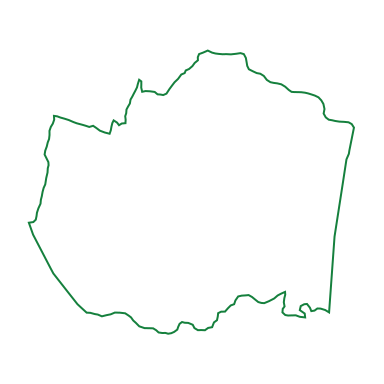 outline of Itagibá, Bahia, Brazil, rotated 358°
{"feature_id": "56859067B58161696770023", "entity_name": "Itagibá", "entity_type": "district", "adm_level": 2, "iso_a3": "BRA", "parent_name": "Brazil", "parent_adm1": "Bahia", "projection": "albers", "projection_center": [-39.84, -14.244], "detail": "fine", "context": "isolated", "style": "outline", "palette": "green", "viewbox_px": 384, "rotation_deg": 358, "n_neighbors": 0, "source": "geoboundaries", "source_scale": "gbopen_adm2", "svg_char_len": 2868}
<svg xmlns="http://www.w3.org/2000/svg" viewBox="0 0 384 384"><g transform="rotate(358 192 192)"><path d="M95.5,122.4L91.6,123.4L87.8,122.0L85.1,121.1L82.5,120.3L79.2,119.3L75.8,117.9L71.4,115.8L67.2,114.3L63.1,113.0L60.0,111.7L56.7,111.1L56.8,114.9L55.3,118.8L53.2,122.0L51.7,125.9L51.6,130.1L51.0,134.1L49.6,137.3L48.4,141.6L46.8,145.5L46.0,149.4L48.0,153.8L49.5,157.1L49.6,160.2L48.7,163.2L48.3,167.5L46.8,173.0L45.6,179.3L43.9,182.7L42.7,186.6L41.7,191.2L40.7,194.5L40.2,198.4L37.9,203.0L36.3,207.4L35.8,210.6L34.9,214.2L32.4,216.5L27.9,217.0L31.7,229.1L48.1,263.5L50.6,268.6L62.9,285.5L73.6,300.1L76.8,303.3L82.5,308.9L86.1,309.2L90.6,310.6L93.6,311.2L97.6,313.1L102.3,312.1L106.5,311.4L110.7,309.8L115.7,310.1L121.0,310.9L124.5,313.4L126.7,315.2L128.8,318.4L131.3,320.8L134.6,324.4L139.9,326.4L144.3,326.6L148.4,326.9L151.4,328.9L153.7,331.2L157.4,331.9L160.5,331.9L163.2,332.8L166.3,332.4L169.3,331.2L172.5,329.0L173.5,326.3L175.0,323.3L177.5,321.6L180.1,322.4L183.7,322.7L188.1,324.7L189.7,328.1L193.1,330.3L196.6,330.3L200.1,330.6L203.4,328.4L207.4,327.8L209.4,323.1L212.5,321.0L213.4,317.4L213.9,314.0L217.0,312.6L220.8,312.7L223.9,309.4L226.8,306.7L230.2,305.6L231.6,301.9L234.5,298.0L238.1,297.3L241.7,297.2L245.0,297.0L248.3,299.0L251.6,301.9L254.4,304.3L257.5,305.3L260.3,305.6L265.1,303.8L270.4,301.3L274.0,298.4L277.3,296.8L281.5,295.1L281.6,297.9L280.6,301.2L279.9,305.4L280.5,309.6L278.6,312.0L278.2,315.5L280.9,318.2L283.7,318.8L287.9,318.8L291.5,318.9L295.4,320.5L300.7,321.3L300.4,317.4L295.6,313.8L296.7,309.8L300.2,308.1L303.0,307.9L305.8,311.7L307.1,315.2L310.3,314.8L313.2,312.8L316.4,313.0L321.0,314.6L324.8,317.1L332.9,241.5L343.2,187.6L347.5,164.8L350.1,159.3L350.7,156.1L356.1,133.3L354.0,129.7L350.9,127.8L346.4,127.2L341.7,126.8L337.5,126.0L334.6,125.2L331.2,124.5L328.3,122.1L326.3,118.2L327.3,113.7L326.4,108.6L324.4,104.9L321.7,101.8L318.1,99.9L314.3,98.5L311.4,97.5L308.4,96.7L304.7,96.1L301.7,95.9L297.8,95.7L295.0,95.4L292.3,93.4L288.8,90.0L285.0,87.5L281.0,86.4L277.4,85.8L274.2,85.0L270.7,82.6L267.8,78.5L264.4,76.2L260.8,75.4L256.9,73.4L253.1,71.3L251.6,67.9L251.1,64.1L250.5,59.9L248.6,56.0L245.3,54.9L241.0,55.4L235.6,55.8L231.1,55.4L227.5,55.4L223.4,54.9L220.3,54.4L216.9,53.4L212.7,51.2L207.9,53.1L203.9,54.4L202.5,57.5L202.5,60.6L199.2,63.1L196.8,66.2L193.3,69.0L190.0,70.3L188.8,72.9L185.4,74.2L182.0,78.5L178.4,81.7L175.7,85.0L173.0,88.4L169.9,92.8L166.6,94.1L163.9,93.5L161.0,93.2L158.2,90.7L153.6,89.9L149.1,89.5L145.7,90.1L144.9,85.9L145.1,82.8L145.2,79.7L143.1,78.0L141.6,82.3L140.7,85.5L138.7,89.2L137.3,91.6L135.7,94.5L133.8,97.5L133.0,101.4L131.0,104.5L129.4,107.3L129.0,111.0L127.9,113.9L128.2,117.4L127.9,120.9L124.2,121.1L121.4,122.7L119.5,120.0L116.2,117.7L114.8,120.3L113.8,123.8L113.0,127.5L111.7,130.9L106.9,129.5L102.1,127.5L98.5,124.6L95.5,122.4Z" fill="none" stroke="#15803d" stroke-width="2"/></g></svg>